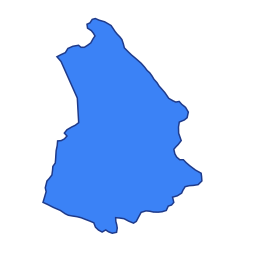 Casserengue, Paraíba, Brazil (orthographic projection), rotated 185°
{"feature_id": "56859067B62762584744623", "entity_name": "Casserengue", "entity_type": "district", "adm_level": 2, "iso_a3": "BRA", "parent_name": "Brazil", "parent_adm1": "Paraíba", "projection": "orthographic", "projection_center": [-35.847, -6.765], "detail": "fine", "context": "isolated", "style": "filled", "palette": "blue", "viewbox_px": 256, "rotation_deg": 185, "n_neighbors": 0, "source": "geoboundaries", "source_scale": "gbopen_adm2", "svg_char_len": 1744}
<svg xmlns="http://www.w3.org/2000/svg" viewBox="0 0 256 256"><g transform="rotate(185 128 128)"><path d="M173.1,233.1L175.1,229.4L177.9,227.8L177.0,223.9L173.0,221.8L170.8,219.5L168.9,216.8L170.6,213.8L172.5,209.5L175.6,206.8L178.5,204.6L181.9,204.3L184.5,206.1L190.1,204.6L194.8,202.0L197.0,197.6L200.9,195.4L205.0,192.8L200.5,188.4L181.1,153.4L177.6,129.0L180.8,126.1L184.2,124.1L188.6,121.0L191.0,117.4L188.1,114.7L190.4,111.6L193.5,109.6L197.0,109.0L197.0,104.3L197.6,99.2L197.4,90.7L197.4,86.8L199.5,83.2L199.5,78.9L199.7,74.6L202.0,70.9L204.1,68.2L205.2,61.2L204.0,57.4L206.2,46.5L200.9,44.6L195.5,42.4L188.2,40.0L183.1,37.1L179.9,35.9L175.7,35.5L171.0,35.2L166.7,34.5L162.3,33.2L157.7,31.9L153.8,30.6L151.8,26.4L148.6,23.8L144.7,22.1L141.3,24.5L138.4,22.9L134.5,21.8L130.3,23.1L130.0,27.4L130.8,30.6L132.0,33.9L132.5,37.6L128.5,37.6L124.0,37.3L119.3,35.3L114.2,33.7L111.6,35.7L109.8,40.0L107.6,45.1L102.9,47.0L99.2,47.0L95.4,46.5L90.6,46.8L86.6,47.6L82.7,49.2L81.1,53.7L77.9,55.1L75.9,57.9L77.6,63.0L73.0,64.7L68.9,67.8L67.9,70.7L66.0,74.5L61.9,75.9L57.9,76.5L53.2,77.7L49.8,81.7L50.5,86.2L51.2,89.3L57.2,92.0L63.4,95.9L67.0,98.5L70.1,101.2L73.7,100.9L77.0,103.3L79.1,106.4L80.5,110.8L78.6,113.5L76.6,115.9L73.9,120.1L77.1,127.2L77.8,133.4L77.4,138.4L72.6,140.9L70.0,143.4L69.3,149.1L72.5,153.6L76.6,156.3L79.3,158.9L82.7,158.0L85.8,159.1L90.0,161.1L94.4,166.5L97.4,169.4L100.7,172.5L103.0,175.6L106.4,178.8L108.6,181.9L111.1,184.8L114.0,187.0L116.7,190.0L120.5,193.6L123.2,195.6L127.3,198.6L130.8,201.0L133.9,203.5L138.6,207.5L140.1,211.7L141.8,215.6L144.0,218.0L147.1,220.7L149.4,223.1L151.6,225.9L153.8,228.6L156.7,230.0L160.6,231.8L166.2,232.9L170.1,234.2L173.1,233.1Z" fill="#3b82f6" stroke="#1e3a8a" stroke-width="1.5"/></g></svg>